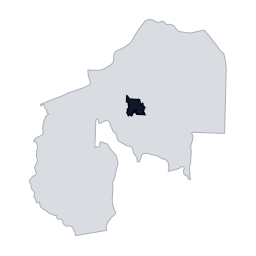 location of Ngabwe, Central, Zambia, rotated 182°
{"feature_id": "96606910B70902538429016", "entity_name": "Ngabwe", "entity_type": "district", "adm_level": 2, "iso_a3": "ZMB", "parent_name": "Zambia", "parent_adm1": "Central", "projection": "equal_earth", "projection_center": [27.56, -14.095], "detail": "fine", "context": "in_parent", "style": "filled", "palette": "ink", "viewbox_px": 256, "rotation_deg": 182, "n_neighbors": 0, "source": "geoboundaries", "source_scale": "gbopen_adm2", "svg_char_len": 6870}
<svg xmlns="http://www.w3.org/2000/svg" viewBox="0 0 256 256"><g transform="rotate(182 128 128)"><path d="M170.1,184.5L159.1,184.6L155.1,185.7L151.9,187.5L148.0,190.2L145.7,192.1L145.1,193.2L144.8,195.5L144.8,199.2L144.4,201.8L143.2,204.1L137.3,207.0L133.4,209.4L129.6,212.2L126.7,215.8L124.7,220.2L121.5,225.7L114.7,235.5L110.8,237.3L107.4,236.9L103.5,234.9L100.3,234.5L97.9,235.8L95.8,235.4L93.8,233.3L92.1,232.6L90.8,233.1L89.0,233.0L85.9,231.9L83.1,228.4L81.7,226.9L80.5,226.4L77.3,225.8L69.8,225.0L62.0,226.8L55.2,228.5L48.2,220.7L41.4,212.5L39.9,210.4L37.4,207.6L35.6,206.3L34.8,205.6L33.0,198.2L31.9,191.4L31.3,126.0L62.1,126.0L64.1,125.7L64.2,125.0L62.7,121.5L62.8,120.3L63.1,117.9L64.5,113.1L64.6,111.5L63.9,106.3L64.0,103.4L64.3,97.6L64.1,95.6L64.8,93.0L65.0,91.2L65.3,90.5L64.9,88.5L64.3,81.5L63.9,78.6L65.8,79.0L66.4,80.4L66.7,82.0L67.6,82.1L69.8,83.0L70.6,84.3L71.1,87.1L70.8,88.5L70.1,89.7L70.8,90.7L72.3,91.4L73.1,91.2L75.6,89.3L77.9,88.6L79.0,88.1L84.1,86.8L85.1,86.2L85.9,86.2L86.4,86.7L85.9,88.7L85.8,90.5L86.4,93.8L86.9,95.3L87.9,96.4L88.7,97.0L89.6,98.2L91.4,98.0L95.3,99.7L96.5,100.5L98.1,101.3L99.3,101.6L103.3,102.2L107.5,103.1L109.7,103.2L111.3,102.9L112.4,102.5L113.1,101.9L113.4,101.5L115.0,95.2L115.8,94.7L116.9,94.3L117.5,94.9L118.2,98.9L121.2,102.5L122.3,105.5L123.0,108.1L123.7,108.8L124.9,109.7L126.7,110.0L128.4,110.1L136.7,114.4L137.6,115.2L138.6,117.6L139.2,120.2L139.9,122.3L140.9,122.7L141.9,122.9L142.8,124.3L143.5,125.6L146.0,130.7L146.3,132.8L147.5,134.2L149.1,134.7L150.6,134.8L151.4,134.2L153.6,133.1L155.2,131.9L156.4,131.5L157.1,131.8L157.7,132.6L158.0,135.2L159.2,136.0L160.0,135.7L160.4,134.7L160.4,134.2L160.5,107.2L159.7,107.4L158.8,108.1L156.6,108.2L155.7,108.8L155.4,109.7L155.6,110.8L155.7,112.3L155.3,113.0L154.4,113.3L153.0,112.7L150.5,112.0L148.4,111.5L146.9,109.5L144.8,106.4L143.5,104.9L140.3,101.7L139.7,101.0L138.8,99.5L137.9,97.0L137.1,94.1L136.7,92.2L137.5,89.3L139.4,79.9L139.8,77.0L141.4,74.0L141.5,71.4L140.9,68.0L141.0,66.1L141.3,55.3L140.8,51.9L139.8,48.1L137.5,42.9L137.5,41.8L141.1,38.3L142.1,37.1L144.0,34.3L145.3,31.9L146.1,30.0L146.4,27.6L145.7,25.2L147.0,24.7L176.6,18.7L177.0,20.3L177.9,23.0L178.9,24.9L180.2,26.7L181.3,27.7L182.0,28.0L186.5,27.9L188.2,29.0L189.6,30.3L189.9,32.4L190.9,33.7L191.9,34.7L192.3,34.8L193.1,34.6L194.3,34.5L195.4,35.0L196.0,35.4L196.0,37.2L196.3,37.9L197.9,38.2L199.5,38.4L201.0,39.5L202.6,39.7L204.5,40.2L205.4,41.5L207.4,42.8L209.8,43.9L212.5,45.8L212.6,46.4L213.1,47.6L213.5,48.4L213.6,49.6L213.8,50.7L214.5,50.9L215.1,51.0L215.6,50.2L216.3,50.2L217.1,50.7L217.4,52.0L218.0,53.7L219.0,54.9L219.6,56.0L219.4,58.1L219.0,59.9L220.3,61.8L222.1,63.6L222.5,64.3L222.7,66.9L222.9,67.8L224.1,70.0L224.7,71.5L224.7,72.3L221.4,76.6L219.4,77.2L218.5,78.1L218.0,79.0L219.3,83.3L219.9,84.9L219.4,87.0L218.0,90.4L217.5,90.7L217.3,93.4L217.7,94.3L218.3,95.1L218.6,96.8L218.5,101.2L217.7,106.2L219.1,110.6L219.6,111.1L221.6,111.1L221.9,111.5L221.4,112.7L220.0,114.6L217.4,116.1L213.8,117.7L213.0,119.3L212.5,121.6L212.9,123.0L213.4,123.7L213.2,125.7L212.9,127.8L212.9,129.5L212.8,131.0L212.3,131.7L211.6,133.9L210.8,136.1L210.2,137.1L209.3,138.2L207.8,139.1L207.8,139.5L209.5,140.5L209.9,141.3L210.0,141.7L209.3,142.9L210.1,143.5L211.0,144.1L211.9,145.6L212.9,148.4L213.0,148.7L213.3,148.7L213.9,148.4L214.9,147.3L215.6,146.9L216.5,148.5L201.1,155.3L197.5,156.7L192.1,159.2L190.4,160.1L189.0,161.0L174.7,166.3L172.5,167.4L167.4,170.1L167.3,170.5L167.3,171.8L167.8,174.4L168.6,176.7L169.4,178.0L169.8,181.5L170.1,184.5Z" fill="#d9dde1" stroke="#a8b0b8" stroke-width="1"/><path d="M130.2,160.2L130.3,159.7L130.3,159.4L130.2,159.3L130.1,158.9L130.1,158.6L130.3,158.2L130.3,157.7L130.4,157.2L130.5,157.1L130.4,156.7L130.3,156.4L130.3,156.1L130.2,155.4L130.3,155.1L130.3,154.9L130.4,154.7L130.5,154.4L130.2,154.2L129.9,154.1L129.7,154.0L129.5,153.9L129.3,153.7L129.1,153.5L128.8,153.5L128.6,153.5L128.4,153.6L128.2,153.7L128.2,153.4L128.3,153.3L128.3,153.2L128.3,152.9L128.5,152.8L128.5,152.7L128.4,152.6L128.4,152.4L128.3,152.2L128.4,151.9L128.4,151.7L128.4,151.4L128.4,151.1L128.3,150.9L128.1,150.4L127.9,150.4L128.0,150.2L127.9,150.1L127.9,149.9L127.8,149.7L128.0,149.6L128.0,149.4L128.0,149.2L128.1,148.9L128.1,148.7L128.1,148.4L128.1,148.2L128.2,147.9L128.2,147.7L128.3,147.6L128.4,147.4L128.5,147.3L128.6,147.2L129.0,147.0L129.0,146.9L129.2,146.7L129.3,146.6L129.3,146.4L129.2,146.4L129.1,146.2L129.1,145.9L129.0,145.7L128.9,145.5L128.9,145.3L128.8,145.2L128.8,144.8L128.9,144.7L129.0,144.6L129.2,144.3L129.2,144.2L129.3,144.0L129.5,143.7L129.6,143.4L129.2,142.5L128.0,140.4L127.8,140.6L127.7,140.9L127.6,141.1L127.4,141.1L127.2,141.3L126.9,141.3L126.7,141.3L126.6,141.2L126.4,141.3L126.1,141.2L125.9,141.1L125.7,141.0L125.7,140.9L125.4,140.7L125.2,140.4L124.9,140.4L124.7,140.6L124.5,140.9L124.4,141.0L124.5,141.1L124.5,141.3L124.6,141.5L124.4,141.7L124.2,141.5L124.1,142.2L124.1,142.4L124.1,142.5L123.6,143.0L123.6,143.3L123.5,143.5L123.4,143.7L123.4,143.9L123.3,144.2L123.4,144.3L123.2,144.3L123.1,144.2L123.1,143.9L122.9,143.8L122.8,143.7L122.7,143.6L122.4,143.6L122.1,143.8L122.1,144.1L122.2,144.3L122.2,144.5L122.2,144.9L122.4,145.2L122.3,145.4L122.2,145.4L122.1,145.5L121.9,145.6L121.9,145.8L121.8,145.7L121.7,145.8L121.4,145.9L121.2,146.0L121.3,146.3L121.2,146.4L121.0,146.5L120.9,146.5L121.0,146.4L120.9,146.3L120.8,146.2L120.7,146.0L120.7,145.9L120.7,145.7L120.6,145.8L120.5,145.7L120.5,145.4L120.6,145.5L120.7,145.4L120.6,145.1L120.5,144.9L120.5,144.7L120.6,144.4L120.6,144.2L120.4,144.0L120.4,143.9L120.3,144.0L120.2,144.0L120.2,143.9L120.2,144.0L120.1,143.9L120.2,143.7L120.2,143.4L120.0,143.2L119.9,143.1L120.0,143.1L119.9,143.1L119.9,142.9L119.9,143.0L120.0,142.9L120.0,142.7L120.1,142.4L120.0,142.2L119.9,142.2L118.0,142.0L115.8,142.1L113.9,142.0L113.4,142.0L111.6,142.0L112.1,142.7L112.1,142.9L112.2,143.6L112.3,143.7L112.4,143.9L112.6,144.0L112.9,144.1L113.2,144.2L113.3,144.4L113.3,144.7L113.2,145.2L113.1,145.5L112.9,145.9L112.9,146.3L112.9,146.5L112.9,147.3L112.8,147.5L112.7,147.8L112.7,148.0L112.0,148.5L111.9,148.7L112.1,149.0L112.3,149.3L112.6,149.8L112.9,150.0L113.0,150.2L113.1,150.4L113.4,150.5L113.5,150.8L113.7,151.0L113.9,151.5L114.0,151.7L114.1,151.9L114.0,152.0L114.0,152.3L114.0,152.6L114.0,153.0L114.0,153.3L113.9,153.3L113.6,153.5L116.0,151.8L116.0,152.0L116.2,152.3L116.2,152.6L116.3,152.8L116.4,153.1L116.6,153.4L116.7,153.5L116.8,153.9L116.9,154.0L117.0,154.0L117.0,154.3L117.0,154.6L117.1,154.9L117.3,155.1L117.5,155.2L117.9,155.6L117.8,155.8L117.6,156.3L117.4,156.4L117.5,156.5L117.9,156.6L118.0,156.8L118.0,156.7L118.0,156.4L118.1,156.6L118.3,156.7L118.3,156.8L118.5,157.0L118.6,156.8L118.6,156.7L118.7,156.4L118.7,156.5L118.8,156.6L118.9,156.8L119.1,156.8L119.2,156.7L124.6,156.9L124.3,156.9L124.6,156.9L125.4,156.9L126.4,156.9L127.5,156.9L128.7,158.5L130.0,160.1L130.2,160.2Z" fill="#0f172a" stroke="#020617" stroke-width="1.5"/></g></svg>